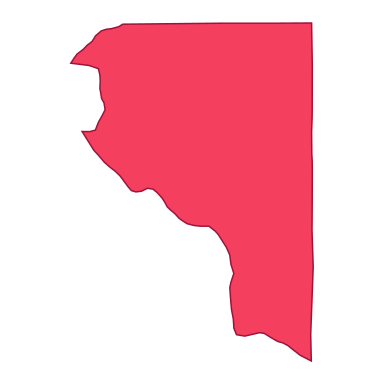 the district of São Carlos do Ivaí, Paraná, Brazil
{"feature_id": "56859067B30476837708549", "entity_name": "São Carlos do Ivaí", "entity_type": "district", "adm_level": 2, "iso_a3": "BRA", "parent_name": "Brazil", "parent_adm1": "Paraná", "projection": "albers", "projection_center": [-52.502, -23.368], "detail": "fine", "context": "isolated", "style": "filled", "palette": "rose", "viewbox_px": 384, "rotation_deg": 0, "n_neighbors": 0, "source": "geoboundaries", "source_scale": "gbopen_adm2", "svg_char_len": 1181}
<svg xmlns="http://www.w3.org/2000/svg" viewBox="0 0 384 384"><path d="M311.6,23.0L277.1,23.2L266.9,23.2L238.6,23.2L223.7,23.2L122.7,24.2L118.7,26.7L111.3,28.7L106.1,29.3L101.1,31.0L95.6,35.8L92.1,41.4L87.0,45.4L83.2,49.4L77.0,54.1L74.2,58.0L70.8,63.2L89.2,65.5L98.4,68.7L99.9,75.1L100.2,80.7L99.9,88.7L100.8,93.3L101.6,98.6L104.0,102.9L105.1,109.7L102.1,115.7L98.4,122.3L95.4,130.1L89.7,131.6L82.1,131.5L94.0,150.5L98.3,155.1L104.5,162.4L110.2,167.4L115.2,171.2L120.2,176.1L124.3,181.6L128.1,186.8L131.4,190.6L135.9,191.9L141.6,191.2L147.3,188.3L152.9,189.1L157.1,192.5L162.2,198.2L165.0,202.6L167.2,206.8L170.4,209.9L175.0,213.8L179.2,218.4L183.3,221.3L187.1,223.7L194.1,225.5L200.7,226.2L208.9,226.2L215.3,231.2L218.3,234.6L226.5,247.5L229.8,255.2L230.9,264.1L233.8,273.5L230.8,282.7L229.8,287.8L230.6,299.2L231.5,309.5L233.3,319.0L233.9,328.3L236.5,334.7L244.8,336.1L259.5,332.7L264.3,333.4L271.5,337.9L277.6,341.4L283.1,343.0L288.1,345.7L293.4,350.0L300.2,355.3L311.3,361.0L310.7,334.5L313.2,267.0L312.0,230.4L312.2,202.9L312.3,170.7L312.2,160.9L311.8,153.8L311.6,132.1L312.1,117.8L312.2,110.2L312.3,66.3L311.6,23.0Z" fill="#f43f5e" stroke="#9f1239" stroke-width="1.5"/></svg>